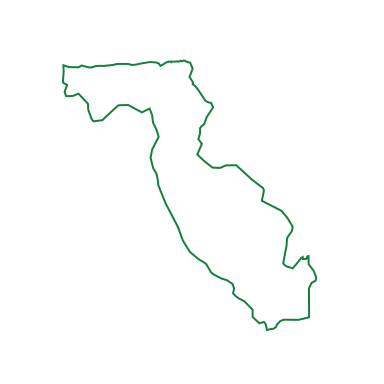 Numan, Adamawa, Nigeria (Robinson projection), rotated 258°
{"feature_id": "59680162B26521045145337", "entity_name": "Numan", "entity_type": "district", "adm_level": 2, "iso_a3": "NGA", "parent_name": "Nigeria", "parent_adm1": "Adamawa", "projection": "robinson", "projection_center": [11.846, 9.467], "detail": "fine", "context": "isolated", "style": "outline", "palette": "green", "viewbox_px": 384, "rotation_deg": 258, "n_neighbors": 0, "source": "geoboundaries", "source_scale": "gbopen_adm2", "svg_char_len": 2166}
<svg xmlns="http://www.w3.org/2000/svg" viewBox="0 0 384 384"><g transform="rotate(258 192 192)"><path d="M105.1,292.6L105.1,291.6L102.8,289.8L103.3,286.6L105.3,286.8L104.8,285.1L102.8,282.7L99.5,278.7L96.4,274.7L99.8,268.6L101.8,267.2L103.3,266.4L120.1,273.4L126.5,275.2L128.5,276.7L133.0,281.6L136.5,283.1L138.1,283.0L147.0,279.8L154.8,275.8L168.9,258.5L177.5,262.3L178.5,262.6L179.8,262.6L181.1,262.2L191.9,253.0L208.8,241.0L209.1,240.1L211.0,230.8L210.9,230.3L209.7,224.5L211.6,217.2L218.3,211.5L221.1,209.4L227.6,205.0L237.1,211.7L242.4,209.2L247.7,212.1L250.6,212.8L252.7,213.1L254.4,215.0L255.7,217.9L257.6,219.1L262.1,221.9L270.5,230.3L275.2,229.2L276.1,227.0L278.3,224.2L290.8,219.2L294.7,217.3L297.4,215.1L298.0,215.5L299.3,215.7L305.0,213.5L312.6,218.3L319.0,217.0L320.0,214.6L321.8,212.4L322.3,211.2L322.2,210.5L322.0,209.1L322.4,208.7L322.8,208.1L322.3,206.8L322.3,206.0L322.8,205.0L323.1,202.0L323.3,201.5L323.5,200.7L323.6,199.9L323.7,199.2L323.3,198.7L323.7,198.5L323.9,198.2L324.3,197.5L324.3,196.5L324.2,195.4L324.2,194.1L323.7,192.6L322.8,190.4L321.9,187.4L324.8,186.1L326.2,183.7L327.9,177.8L328.3,169.1L328.3,163.0L328.8,159.5L330.5,156.2L331.2,153.0L332.8,145.7L332.7,140.9L333.7,131.8L334.8,126.9L335.2,124.0L334.7,119.6L335.4,116.9L338.7,110.3L337.8,107.7L337.6,106.9L339.7,97.7L342.7,92.6L336.6,91.5L327.0,88.8L325.7,88.7L322.6,92.1L316.4,88.2L311.9,88.8L310.7,95.1L311.8,101.4L299.8,108.6L294.0,107.6L284.2,109.0L281.6,110.3L280.9,119.2L286.5,128.4L292.0,137.8L292.0,139.0L290.3,147.8L280.3,159.5L282.4,167.9L275.3,169.0L268.1,168.3L260.1,170.3L252.8,170.8L241.9,161.9L234.1,158.6L223.4,159.0L217.5,161.0L211.9,161.1L205.3,160.5L185.9,163.9L176.1,166.7L160.5,171.0L146.3,173.0L133.8,177.5L124.8,184.5L121.2,188.5L118.6,190.9L109.3,194.0L106.8,196.1L101.2,202.9L98.5,207.8L93.8,212.4L88.9,213.2L84.4,211.1L81.3,212.9L78.0,215.8L74.0,220.7L64.1,226.8L57.1,225.3L49.6,230.6L49.9,235.4L47.3,236.6L41.4,236.6L41.6,239.9L41.3,243.5L42.6,246.2L44.8,247.7L47.4,251.5L48.0,255.1L44.8,269.8L45.1,280.5L57.1,283.0L73.3,286.3L78.2,290.0L79.6,294.5L82.7,295.8L89.6,294.6L97.0,291.1L105.1,292.6Z" fill="none" stroke="#15803d" stroke-width="2"/></g></svg>